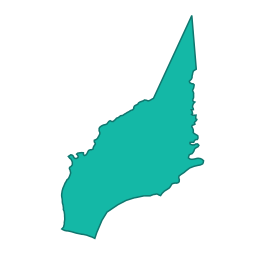 the district of Salvaterra, Pará, Brazil, rotated 86°
{"feature_id": "56859067B73547527408791", "entity_name": "Salvaterra", "entity_type": "district", "adm_level": 2, "iso_a3": "BRA", "parent_name": "Brazil", "parent_adm1": "Pará", "projection": "robinson", "projection_center": [-48.631, -0.813], "detail": "fine", "context": "isolated", "style": "filled", "palette": "teal", "viewbox_px": 256, "rotation_deg": 86, "n_neighbors": 0, "source": "geoboundaries", "source_scale": "gbopen_adm2", "svg_char_len": 3197}
<svg xmlns="http://www.w3.org/2000/svg" viewBox="0 0 256 256"><g transform="rotate(86 128 128)"><path d="M224.1,201.1L224.9,200.0L225.8,198.3L226.3,196.5L226.5,195.0L227.5,191.6L229.2,187.1L230.8,181.4L231.0,180.0L232.0,176.6L232.7,175.1L233.3,173.8L234.3,171.4L235.8,168.8L230.2,166.5L218.2,160.4L210.4,154.8L203.8,143.4L200.1,134.9L198.1,126.7L197.9,124.7L196.8,116.9L197.2,110.6L196.6,108.8L196.1,107.1L196.1,105.8L195.8,104.4L196.1,103.1L197.0,101.8L197.7,100.2L195.6,98.6L193.5,96.1L191.8,92.9L190.7,91.0L189.5,89.9L187.7,88.7L186.6,87.7L186.2,85.0L186.4,83.1L185.9,81.5L185.1,80.7L183.0,80.4L181.3,80.9L179.5,80.5L178.2,78.6L176.3,75.2L174.6,72.9L172.2,69.3L170.8,64.7L170.2,61.0L169.9,58.4L169.0,56.1L167.9,55.4L165.9,54.9L164.5,56.3L163.6,57.8L163.1,59.9L163.1,61.2L163.5,63.5L163.7,65.3L163.7,66.7L163.3,68.3L162.1,69.8L160.7,69.5L159.0,68.7L158.4,67.4L158.1,66.0L157.0,64.9L155.8,64.0L153.9,63.2L152.9,62.3L151.5,59.4L150.2,58.5L148.7,59.7L148.7,61.7L149.4,62.8L149.4,64.7L148.9,66.2L148.0,67.3L146.7,67.1L146.6,65.6L146.9,63.5L145.4,62.7L144.3,61.4L144.3,59.7L143.3,59.0L141.9,58.8L140.5,59.0L138.0,62.5L137.0,63.3L135.6,63.0L134.1,63.1L132.5,63.6L131.2,64.3L129.8,63.7L129.4,62.1L128.8,60.9L127.6,61.5L126.4,60.7L125.2,59.2L124.2,58.7L123.5,59.8L121.5,59.6L119.9,59.2L119.9,60.9L119.7,62.6L118.9,63.6L118.1,62.6L117.0,62.7L115.6,63.0L114.2,63.6L114.2,61.5L112.9,61.6L111.9,62.2L110.3,62.0L108.7,61.3L107.8,60.6L106.8,59.5L106.2,60.9L105.1,61.5L103.6,61.2L102.5,60.5L100.7,60.3L99.6,60.3L98.1,60.1L96.9,60.3L95.6,60.9L94.4,60.8L93.3,60.0L92.2,59.6L90.6,59.2L89.5,59.0L88.5,59.9L88.2,61.5L87.0,63.3L85.6,63.6L83.6,61.3L82.2,60.6L80.4,60.4L79.0,59.9L77.6,59.6L75.7,58.8L74.9,57.4L74.1,55.8L35.8,56.3L20.2,56.5L23.4,58.2L100.2,100.5L100.7,101.7L101.4,103.1L102.0,104.3L102.4,106.0L101.6,107.7L101.2,109.6L101.9,110.8L102.9,114.3L103.7,115.7L104.8,116.5L105.4,117.6L105.9,119.0L106.6,120.1L107.8,120.8L109.0,120.9L110.3,122.2L110.5,123.5L111.0,124.7L111.7,125.8L112.5,127.8L113.3,129.1L113.8,130.3L114.5,131.4L115.1,132.5L115.2,134.3L116.0,135.7L116.9,136.8L117.4,138.8L118.6,139.9L120.5,142.4L120.3,144.0L119.5,145.3L120.1,146.6L122.6,148.9L123.0,150.3L123.3,152.3L124.1,154.3L125.1,155.9L126.3,156.8L128.8,157.0L130.5,156.4L131.9,156.5L133.7,157.5L135.0,158.4L136.3,159.2L137.2,160.5L137.9,162.5L139.5,162.6L140.8,161.8L142.0,161.9L143.3,163.0L144.8,163.9L146.6,164.4L147.1,165.9L147.1,167.3L147.7,168.9L148.9,169.7L150.8,170.8L152.1,172.1L152.4,173.5L151.3,174.3L149.6,174.2L149.3,176.0L149.4,178.1L149.6,180.0L150.5,181.1L151.8,180.0L153.4,179.6L154.3,180.4L154.8,181.7L154.6,183.2L153.5,184.2L152.4,184.4L151.2,185.5L150.7,186.9L152.2,189.5L154.1,188.2L155.2,187.0L158.0,185.9L160.8,186.1L162.3,187.4L163.2,189.0L164.5,189.3L165.9,188.7L167.4,188.5L168.8,188.3L170.6,189.0L173.3,190.3L174.6,191.3L175.5,192.6L177.0,193.4L178.4,194.5L179.6,195.1L181.2,195.9L183.5,197.1L186.3,198.1L187.8,198.4L189.0,198.7L190.5,198.9L191.8,198.9L194.3,198.6L195.8,198.6L197.1,198.7L198.5,198.6L200.2,198.2L203.2,198.0L204.9,198.2L206.7,197.5L210.1,197.3L211.5,197.4L213.1,197.4L214.9,197.5L218.1,198.2L219.3,198.2L222.5,199.3L224.1,201.1Z" fill="#14b8a6" stroke="#0f766e" stroke-width="1.5"/></g></svg>